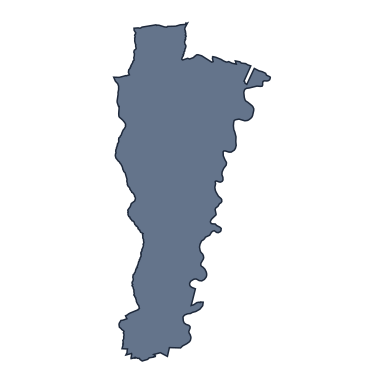 Fartatesti, Vâlcea, Romania
{"feature_id": "2599482B62213084984165", "entity_name": "Fartatesti", "entity_type": "district", "adm_level": 2, "iso_a3": "ROU", "parent_name": "Romania", "parent_adm1": "Vâlcea", "projection": "equal_earth", "projection_center": [23.968, 44.774], "detail": "fine", "context": "isolated", "style": "filled", "palette": "slate", "viewbox_px": 384, "rotation_deg": 0, "n_neighbors": 0, "source": "geoboundaries", "source_scale": "gbopen_adm2", "svg_char_len": 5983}
<svg xmlns="http://www.w3.org/2000/svg" viewBox="0 0 384 384"><path d="M142.2,361.0L147.6,359.4L149.3,357.8L153.2,357.2L155.3,356.5L155.4,356.0L154.7,355.9L155.1,355.6L154.9,354.8L154.0,354.4L160.4,352.7L167.4,356.4L169.4,347.6L180.6,347.9L182.6,345.9L186.8,343.7L189.5,341.7L190.4,340.3L190.9,338.1L190.9,337.1L190.2,334.8L189.1,333.0L188.8,331.5L190.1,328.0L190.0,326.5L188.8,325.3L186.1,324.4L184.1,322.9L183.3,320.8L183.0,317.1L183.8,315.9L184.7,315.0L187.6,313.8L190.5,313.5L192.4,312.4L195.8,311.5L199.9,309.2L202.7,305.7L203.2,302.2L200.4,302.0L200.1,302.6L199.0,302.2L196.8,302.6L193.6,304.8L191.2,305.5L195.4,288.8L191.8,287.4L190.4,286.3L189.7,285.2L189.6,283.3L190.7,281.2L193.7,279.3L195.1,279.0L196.5,279.1L199.2,280.6L201.8,280.9L204.4,279.4L206.1,277.2L206.6,275.8L206.7,274.0L206.3,272.1L204.9,269.2L203.1,267.3L201.4,266.2L200.8,265.3L200.9,263.2L203.3,259.1L203.7,257.8L203.4,255.8L202.7,254.2L200.8,252.2L200.1,250.5L199.5,247.1L200.0,244.3L201.6,240.9L203.4,239.8L204.6,238.6L205.4,237.2L209.7,235.2L211.5,232.2L212.7,231.2L214.3,230.7L216.5,232.4L218.2,232.7L220.5,231.5L221.0,230.5L221.2,228.4L219.9,227.2L216.6,225.5L215.3,224.0L212.2,223.8L211.3,223.5L210.5,222.4L210.4,221.4L211.1,219.9L212.1,218.6L216.0,214.9L216.1,214.2L215.1,209.5L215.7,208.0L217.9,206.4L219.4,203.8L221.1,202.6L221.8,201.6L221.7,199.6L221.1,198.6L218.4,196.2L216.2,192.4L215.4,190.6L214.8,187.3L215.6,183.8L215.2,181.8L215.4,181.3L216.5,181.0L219.2,182.0L220.6,182.1L222.2,181.3L223.0,180.0L222.9,177.3L221.9,174.7L222.1,172.0L223.6,168.5L226.2,165.1L226.5,163.0L226.4,162.3L225.0,159.9L223.3,155.9L223.1,151.9L223.7,151.1L225.1,150.9L228.9,152.1L231.2,152.1L234.3,150.1L235.4,148.4L236.2,145.4L235.8,141.7L236.0,136.8L234.8,132.1L233.8,129.6L233.4,125.8L233.7,122.3L234.2,120.5L235.7,119.7L239.0,119.1L244.8,120.8L247.3,120.5L248.5,120.0L250.7,118.4L252.0,116.9L252.6,115.5L253.7,110.7L253.8,108.8L252.8,106.6L252.0,105.7L247.7,102.2L245.9,101.1L245.0,99.8L244.3,97.4L243.8,92.5L244.0,91.5L244.7,89.5L246.5,88.3L249.1,88.0L256.9,86.1L260.5,86.4L262.1,86.2L262.7,85.0L262.6,83.2L263.0,81.5L264.3,80.8L267.0,81.0L268.5,80.6L269.7,79.7L270.2,78.2L270.3,77.3L269.9,76.8L266.5,75.2L265.6,73.3L262.3,71.7L258.9,70.8L254.3,68.4L246.8,84.4L245.0,83.1L244.6,81.6L244.0,81.1L250.8,65.9L247.6,64.8L245.7,63.6L241.3,63.1L239.9,61.8L235.3,60.9L236.3,64.1L232.0,63.2L228.7,61.6L227.1,62.1L226.1,62.0L223.5,60.9L221.1,59.4L215.9,57.3L212.8,56.6L212.5,57.0L212.7,57.9L212.4,58.4L213.2,61.6L211.8,62.2L201.7,55.8L197.9,54.7L196.4,54.9L195.4,56.0L194.4,56.4L193.7,57.5L189.6,59.0L187.6,58.3L183.0,59.9L182.4,59.9L181.7,59.1L182.3,57.2L183.4,55.6L183.1,54.5L183.9,53.9L184.0,51.9L184.7,51.2L184.9,49.0L185.3,48.7L185.9,46.6L185.8,45.3L185.0,44.3L184.6,42.4L184.6,41.5L185.2,40.2L185.0,39.7L185.7,39.1L185.4,37.7L186.2,36.1L185.3,35.0L185.8,34.3L185.7,32.8L185.3,32.2L185.5,31.3L185.2,31.0L185.2,30.4L184.7,29.3L185.0,27.7L187.4,23.2L186.8,23.5L186.0,23.0L185.5,24.2L185.1,24.4L180.3,24.8L175.6,26.2L167.5,26.4L166.7,27.2L164.4,26.9L159.3,25.3L157.6,25.1L156.8,25.4L156.2,24.9L155.6,24.9L142.0,27.1L140.7,28.0L139.7,28.2L138.2,27.9L134.0,28.2L134.1,30.3L135.8,32.9L135.5,33.3L135.5,34.2L135.0,34.5L134.6,35.4L135.1,36.4L135.1,37.3L134.6,38.0L134.8,38.6L134.7,41.1L135.4,44.0L135.8,44.6L135.6,46.1L136.2,48.4L135.6,49.3L134.3,50.3L133.9,51.7L133.9,52.5L134.4,53.5L134.3,55.9L133.8,57.6L134.1,60.1L132.9,61.3L132.8,62.4L130.9,65.7L130.9,66.6L130.2,67.3L130.1,68.2L128.7,69.9L128.4,72.4L129.4,74.8L126.3,75.8L125.9,75.6L119.2,77.4L113.7,77.2L115.4,81.2L117.7,83.7L118.6,86.1L118.6,89.6L118.0,92.5L118.1,94.3L117.1,101.0L117.2,102.5L118.6,106.6L119.2,106.5L118.7,113.9L118.9,116.2L119.4,117.2L122.6,120.0L124.3,122.0L125.4,123.7L125.6,124.6L125.4,125.1L125.6,126.0L125.5,126.6L124.4,128.6L123.2,130.0L122.0,132.7L121.2,135.1L120.3,136.1L120.1,136.9L118.8,138.0L118.6,140.0L118.8,141.2L118.4,142.6L117.4,144.1L117.6,144.8L117.2,145.3L117.3,145.9L116.5,147.5L116.5,148.4L115.9,149.7L115.7,151.2L116.0,152.9L115.5,153.9L115.3,155.7L115.9,158.0L118.5,161.3L119.4,161.9L120.2,163.4L120.8,163.9L122.3,166.8L123.0,169.8L123.4,170.1L123.8,171.5L125.1,172.7L127.0,179.3L126.8,181.1L127.5,184.0L127.3,184.7L127.7,185.1L127.8,185.8L129.4,187.6L129.9,188.5L129.9,189.1L131.6,191.6L131.8,192.3L132.5,192.5L133.7,193.9L134.6,195.6L134.6,196.5L135.0,196.9L135.4,197.9L135.4,198.8L134.7,201.0L131.3,203.5L130.3,206.6L127.9,209.9L127.8,210.6L128.2,211.5L127.8,212.3L128.1,212.6L128.0,214.7L128.9,216.6L129.6,216.8L130.0,217.9L130.3,218.1L130.3,218.6L131.3,219.5L132.1,220.8L133.3,221.2L134.0,221.9L134.9,224.5L136.1,225.6L136.3,226.2L136.8,226.2L138.0,227.6L138.2,228.0L138.0,228.7L139.6,230.0L139.5,230.4L140.2,231.2L140.6,232.2L143.1,233.6L142.5,234.5L142.8,235.9L142.8,238.0L143.6,239.7L143.5,240.7L143.9,242.6L143.1,244.3L143.5,244.9L143.1,246.9L141.8,249.8L142.0,250.9L141.5,251.4L140.8,252.9L141.1,253.5L140.8,254.0L141.2,254.5L141.0,255.3L141.1,256.2L140.1,258.0L139.9,259.2L139.3,259.8L139.4,260.7L138.6,261.8L138.1,264.2L137.0,266.9L137.3,267.4L136.4,268.1L136.5,268.5L135.9,269.2L135.1,272.3L134.4,273.1L134.1,274.0L133.2,274.7L132.8,277.2L133.3,279.2L133.0,280.8L132.2,282.0L132.0,282.8L132.3,284.1L132.7,284.4L132.0,285.7L133.0,287.0L133.4,288.9L133.9,289.7L133.9,292.0L134.3,293.5L133.8,295.0L134.5,295.5L134.7,296.7L135.6,297.6L135.7,298.7L136.2,299.7L136.4,301.6L137.9,304.7L138.7,305.4L139.4,308.5L138.0,309.5L138.0,309.8L130.2,313.0L128.4,314.0L127.4,314.9L125.5,315.8L126.9,318.7L123.2,320.1L120.9,320.5L119.2,323.3L119.0,324.7L119.4,327.2L121.1,328.6L121.6,329.4L123.6,330.8L124.0,331.5L123.3,332.9L123.9,334.0L124.0,335.3L123.6,336.9L123.8,337.5L123.7,338.9L122.8,340.6L123.3,342.1L122.9,343.1L123.3,343.8L122.8,344.2L123.1,344.8L122.0,348.7L127.5,349.0L127.1,351.0L127.1,352.5L125.9,355.0L131.5,353.5L131.7,354.3L131.0,358.1L131.1,358.6L134.6,357.8L134.6,358.1L135.0,358.1L134.9,357.4L135.2,357.3L137.5,358.3L139.5,358.4L140.0,359.5L142.2,361.0Z" fill="#64748b" stroke="#1e293b" stroke-width="1.5"/></svg>